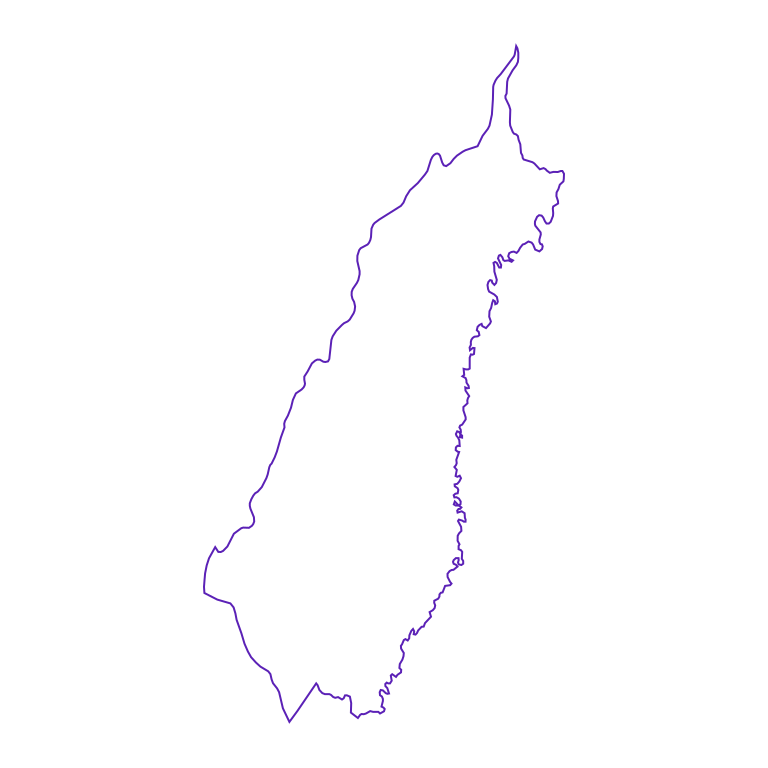 Ipiranga do Norte, Mato Grosso, Brazil (Equal Earth projection)
{"feature_id": "56859067B36287964515387", "entity_name": "Ipiranga do Norte", "entity_type": "district", "adm_level": 2, "iso_a3": "BRA", "parent_name": "Brazil", "parent_adm1": "Mato Grosso", "projection": "equal_earth", "projection_center": [-55.972, -11.935], "detail": "fine", "context": "isolated", "style": "outline", "palette": "violet", "viewbox_px": 768, "rotation_deg": 0, "n_neighbors": 0, "source": "geoboundaries", "source_scale": "gbopen_adm2", "svg_char_len": 6097}
<svg xmlns="http://www.w3.org/2000/svg" viewBox="0 0 768 768"><path d="M460.4,434.3L460.9,432.1L460.7,429.7L459.4,427.4L460.1,425.6L462.2,424.6L465.7,419.4L465.6,417.1L463.4,410.4L463.4,407.0L467.5,403.3L467.3,400.4L468.0,398.0L469.2,396.1L465.5,390.6L465.3,387.4L467.4,388.3L468.9,388.0L468.6,385.9L466.5,382.6L466.4,380.2L465.6,378.1L462.4,376.3L464.2,374.9L463.6,368.8L466.0,369.4L468.3,369.4L469.7,368.6L469.7,357.6L470.9,354.4L472.6,354.7L474.0,354.0L474.5,348.1L472.9,347.9L470.0,350.2L469.6,347.5L470.9,344.9L470.8,342.0L471.4,339.7L472.7,337.9L474.4,336.7L477.9,336.3L479.4,335.1L478.7,331.9L476.8,330.2L477.6,326.8L479.4,325.0L481.6,323.9L482.3,326.1L486.0,328.1L490.1,323.4L490.9,321.5L489.2,316.7L489.5,311.2L491.1,308.0L492.2,302.9L493.2,300.2L494.9,301.3L495.3,304.2L497.0,303.5L497.8,301.7L496.9,297.0L494.3,294.5L489.1,291.6L488.1,289.1L487.5,285.0L488.4,281.9L490.1,280.1L491.8,280.6L492.2,282.6L494.4,284.9L496.1,283.0L496.8,279.9L494.4,271.7L494.2,266.1L493.5,262.9L495.1,261.9L496.8,262.9L499.2,267.5L500.9,267.5L501.2,265.0L498.0,258.4L498.9,255.6L500.4,254.9L502.4,257.3L503.3,260.0L504.6,260.9L508.4,260.4L511.6,261.8L513.0,260.4L509.5,258.7L508.2,256.2L509.2,253.2L511.4,252.0L513.9,251.6L516.6,252.9L518.4,251.0L520.1,247.8L522.7,244.5L524.7,243.9L528.4,241.5L531.6,242.6L533.1,244.5L535.2,249.6L539.4,251.4L542.1,249.0L542.7,246.3L541.9,244.3L540.5,244.1L539.4,241.9L539.4,239.5L540.8,234.5L540.6,232.4L535.3,225.7L534.9,223.9L535.0,221.4L537.1,216.8L539.1,215.2L541.6,215.6L543.2,217.5L545.0,221.4L546.5,223.5L548.9,223.5L550.7,221.8L553.0,215.9L553.2,213.1L552.8,208.4L553.2,206.5L558.1,203.5L558.0,201.1L556.4,196.1L556.6,192.4L558.4,189.1L559.8,184.7L563.4,181.4L563.8,178.9L564.0,173.8L562.4,171.0L560.8,171.0L557.8,172.0L553.4,171.9L549.8,172.8L546.8,170.6L545.5,169.1L543.6,168.1L539.8,169.3L534.4,163.5L532.5,162.2L523.7,159.5L522.7,157.9L522.4,155.5L521.0,152.9L520.3,144.3L518.6,139.8L517.9,136.1L516.3,134.5L513.9,133.6L512.7,131.9L510.2,125.6L509.9,122.3L510.3,109.6L509.1,105.7L505.5,98.2L505.4,95.9L506.6,93.6L507.2,81.7L508.0,78.5L512.6,70.3L516.3,65.3L517.9,61.9L518.3,58.0L518.3,52.7L517.4,48.3L516.2,46.1L514.7,54.6L514.0,56.4L500.7,74.1L497.2,77.9L495.5,80.5L493.6,84.8L493.2,86.9L492.9,99.6L491.9,114.6L489.5,125.6L487.9,128.8L482.6,135.8L477.6,146.2L465.5,150.2L462.7,151.7L457.0,155.6L453.7,158.9L450.4,163.2L446.2,166.1L443.7,165.3L442.2,162.5L440.0,155.6L438.7,154.0L437.2,153.5L435.7,153.8L433.8,155.1L432.4,156.8L430.9,159.8L427.4,171.0L424.9,174.6L417.8,183.1L410.0,190.2L406.2,196.2L403.5,202.6L400.9,205.9L379.3,219.5L374.6,223.0L373.2,224.7L371.5,228.6L371.0,237.1L370.3,240.0L369.0,242.8L367.6,244.5L360.7,248.2L359.2,250.1L357.4,255.7L357.3,261.0L359.6,271.1L359.6,274.3L358.3,280.0L356.9,282.9L352.8,288.9L351.7,291.8L351.6,295.2L352.4,298.7L354.1,301.9L355.1,306.5L354.6,310.7L353.6,313.3L349.7,319.6L347.7,321.4L344.0,323.2L341.9,325.0L336.3,330.7L332.7,336.3L331.4,339.9L329.3,359.0L328.0,361.4L325.3,362.0L323.3,361.7L319.9,359.7L317.3,359.6L315.2,360.6L311.9,363.4L307.6,371.5L304.3,376.6L304.3,379.8L305.0,383.7L304.6,385.5L303.6,387.4L301.6,389.5L295.9,393.4L292.9,399.9L291.0,407.7L287.9,415.6L284.9,421.1L284.2,423.8L284.5,427.4L280.9,437.4L276.9,451.5L274.7,457.3L271.6,463.6L270.3,464.9L269.3,467.2L267.7,474.4L266.4,478.1L261.8,487.1L257.7,491.7L255.1,493.3L253.3,495.6L251.3,499.3L249.8,503.3L249.8,505.9L250.4,508.6L253.9,517.2L254.2,521.5L253.2,524.1L251.9,525.8L249.0,527.8L243.2,527.6L241.3,528.2L233.9,533.7L227.4,546.5L223.1,550.9L220.8,552.0L218.3,551.9L215.2,547.1L209.0,558.3L206.7,565.4L205.1,573.4L204.5,580.3L204.0,586.8L204.4,593.0L217.3,599.6L230.4,603.4L233.6,607.4L235.4,613.4L236.6,619.8L241.4,633.3L244.5,643.7L247.9,651.5L251.1,657.2L255.9,662.5L260.4,666.6L268.2,671.3L270.4,674.1L271.6,679.4L273.0,683.2L277.1,688.4L279.1,692.2L282.9,708.3L289.4,721.9L297.4,711.0L316.2,683.4L317.6,685.2L319.4,690.0L322.3,693.1L324.8,694.1L329.3,694.1L331.0,694.9L333.2,697.0L335.2,697.8L338.1,697.1L342.0,699.5L343.7,698.3L345.0,695.4L346.8,695.3L349.9,696.6L351.2,703.1L350.9,712.6L357.9,718.0L360.2,714.8L361.6,714.0L363.7,714.2L365.8,713.6L370.2,711.1L373.2,711.9L378.4,711.9L380.0,713.5L384.0,711.3L384.7,709.0L383.5,707.6L381.5,706.6L382.9,701.0L382.9,698.9L381.9,696.5L380.0,695.2L379.7,692.2L380.7,690.0L382.9,690.4L385.8,693.2L387.4,693.8L389.0,693.5L387.3,688.1L385.4,686.1L385.3,684.0L386.7,682.6L388.2,683.4L390.0,683.4L391.7,680.7L390.8,675.5L392.2,674.2L396.0,676.9L397.5,674.8L401.0,672.4L401.2,669.8L399.4,668.0L399.8,664.0L402.4,659.6L403.5,656.2L403.8,653.0L401.1,648.6L400.9,645.8L402.0,644.4L403.8,640.1L405.4,639.1L407.7,640.5L409.2,638.3L409.4,635.3L411.3,630.9L413.0,629.0L414.2,631.3L413.7,634.2L415.5,634.6L417.0,633.0L418.2,630.4L421.6,626.8L423.7,626.6L425.0,623.1L431.0,616.7L429.6,612.1L432.8,610.2L434.6,608.1L435.2,605.4L434.2,602.8L434.3,600.7L438.2,598.7L439.4,596.6L439.5,594.4L440.8,592.8L442.6,592.4L445.1,585.9L450.1,585.2L451.5,583.6L450.1,581.9L447.6,577.0L447.5,573.8L449.6,571.1L451.6,570.0L453.5,569.8L457.5,566.6L455.9,564.7L453.7,563.8L453.0,561.9L453.7,560.1L455.9,558.1L458.5,558.1L458.7,560.1L458.0,562.3L458.7,564.4L461.4,565.0L463.2,563.7L463.2,561.0L461.8,558.8L462.2,551.9L461.0,550.2L458.6,549.2L458.6,545.9L459.5,544.3L457.6,540.8L457.7,535.8L459.0,533.4L461.4,530.9L461.1,526.8L458.0,521.0L458.9,519.6L462.2,520.6L463.9,521.7L465.5,521.7L465.6,519.6L464.9,517.8L464.6,513.2L461.7,511.3L457.6,512.6L457.2,510.7L458.5,509.0L460.1,508.9L461.4,507.4L458.7,505.5L460.5,504.2L460.7,501.5L458.9,498.6L456.4,497.2L454.4,497.4L453.7,495.2L455.4,493.7L457.7,493.3L458.3,489.9L457.6,488.2L454.8,486.3L454.6,484.4L457.3,483.8L459.3,481.5L461.0,478.2L459.7,475.7L457.3,476.8L455.6,476.0L456.8,469.9L454.4,467.0L456.0,465.1L456.7,463.2L456.3,459.8L459.1,452.0L457.7,451.7L455.7,450.1L455.9,447.4L457.5,445.8L459.7,446.0L459.3,440.3L458.0,437.6L456.5,435.8L455.9,434.0L457.2,431.3L459.3,432.1L460.4,434.3ZM458.7,505.5L455.6,505.5L453.8,504.4L454.8,501.5L458.7,505.5ZM460.4,434.3L459.9,437.1L462.1,437.6L462.1,435.6L460.4,434.3Z" fill="none" stroke="#5b21b6" stroke-width="2"/></svg>